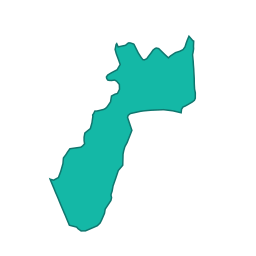 outline of Al Idia, North Kordufan, Sudan, rotated 341°
{"feature_id": "16777658B26107376384565", "entity_name": "Al Idia", "entity_type": "district", "adm_level": 2, "iso_a3": "SDN", "parent_name": "Sudan", "parent_adm1": "North Kordufan", "projection": "natural_earth1", "projection_center": [27.878, 11.926], "detail": "fine", "context": "isolated", "style": "filled", "palette": "teal", "viewbox_px": 256, "rotation_deg": 341, "n_neighbors": 0, "source": "geoboundaries", "source_scale": "gbopen_adm2", "svg_char_len": 2165}
<svg xmlns="http://www.w3.org/2000/svg" viewBox="0 0 256 256"><g transform="rotate(341 128 128)"><path d="M40.9,200.8L41.0,200.9L47.2,205.0L48.0,207.0L50.1,210.0L54.3,211.4L58.7,211.1L63.8,210.7L67.2,210.4L70.6,208.8L73.0,206.5L78.0,201.0L80.0,197.3L81.8,195.9L88.2,191.0L89.8,188.5L90.0,186.2L90.4,185.2L92.5,182.4L95.1,177.7L96.2,176.4L96.8,175.6L99.8,171.8L105.0,165.0L110.9,161.5L114.8,151.1L116.6,148.0L118.9,144.7L122.4,141.5L130.9,131.5L131.0,117.9L132.2,116.1L134.9,115.1L145.3,116.3L148.4,116.9L152.1,117.8L156.0,118.8L167.7,122.3L176.1,126.4L183.2,130.9L184.8,127.6L187.0,126.0L189.0,125.9L191.9,125.4L197.3,124.3L199.8,123.4L201.3,121.8L203.1,116.7L203.6,112.9L205.0,108.0L206.7,102.8L208.6,96.1L209.4,93.4L210.4,89.5L211.2,86.7L212.7,80.5L213.0,79.5L214.0,77.9L215.8,74.5L216.5,72.1L218.4,67.2L217.7,66.5L215.5,61.1L212.6,64.3L210.5,66.9L208.4,69.8L205.9,71.6L205.6,71.8L202.0,72.3L197.4,72.2L191.6,73.7L189.0,74.8L186.6,70.3L182.9,62.9L180.8,61.6L179.7,61.6L178.5,62.0L177.2,62.4L173.9,64.8L170.4,67.1L168.6,68.4L168.3,68.6L165.6,68.9L164.3,68.2L163.4,65.7L162.1,60.3L161.4,54.8L160.9,50.9L160.6,50.4L160.1,50.0L158.0,48.4L157.1,48.0L156.0,47.7L152.5,49.0L149.2,48.6L145.1,48.1L144.8,44.6L144.0,45.1L141.4,49.5L141.1,54.0L141.3,61.1L141.3,65.4L136.7,69.4L130.2,70.4L126.1,71.3L124.2,72.7L124.0,74.1L124.4,76.0L125.6,76.8L127.8,77.7L130.9,78.3L132.5,80.0L134.0,84.0L132.6,88.6L129.3,91.9L126.6,91.8L122.8,92.4L120.0,97.6L117.0,99.9L115.0,101.3L113.0,102.2L110.9,102.5L109.0,102.3L106.5,102.1L103.9,101.8L102.2,101.2L100.1,103.3L98.9,104.1L98.7,104.6L98.6,105.5L98.4,105.9L96.9,108.8L95.7,111.2L92.2,116.3L88.6,117.6L85.6,118.7L83.5,122.4L82.4,125.6L81.8,128.8L79.2,130.2L77.1,130.8L66.3,128.7L62.8,131.2L60.9,132.8L57.2,135.3L54.9,140.5L50.3,147.1L46.1,152.2L40.6,153.1L37.8,151.1L37.7,151.0L37.7,151.4L37.7,151.5L37.8,153.4L38.1,157.9L38.2,159.5L38.3,160.3L38.4,162.5L38.4,162.8L38.6,166.3L38.7,167.1L39.1,172.5L39.1,172.9L39.4,178.3L39.8,183.9L40.0,187.1L40.3,190.6L40.4,193.0L40.5,193.7L40.5,194.7L40.5,194.8L40.6,195.6L40.6,196.0L40.7,197.6L40.8,198.3L40.8,199.2L40.9,200.6L40.9,200.8Z" fill="#14b8a6" stroke="#0f766e" stroke-width="1.5"/></g></svg>